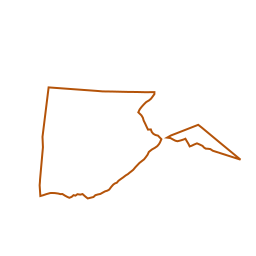 Joaquim Gomes, Alagoas, Brazil (Albers equal-area conic projection), rotated 346°
{"feature_id": "56859067B41171475234943", "entity_name": "Joaquim Gomes", "entity_type": "district", "adm_level": 2, "iso_a3": "BRA", "parent_name": "Brazil", "parent_adm1": "Alagoas", "projection": "albers", "projection_center": [-35.737, -9.072], "detail": "fine", "context": "isolated", "style": "outline", "palette": "amber", "viewbox_px": 256, "rotation_deg": 346, "n_neighbors": 0, "source": "geoboundaries", "source_scale": "gbopen_adm2", "svg_char_len": 1572}
<svg xmlns="http://www.w3.org/2000/svg" viewBox="0 0 256 256"><g transform="rotate(346 128 128)"><path d="M60.8,69.4L42.9,115.9L40.8,126.1L30.2,156.7L29.5,159.0L28.4,162.2L26.5,172.8L29.4,172.7L32.9,172.4L36.8,172.3L38.7,172.7L41.4,173.5L44.4,174.7L46.4,175.8L48.4,176.2L50.3,178.2L52.6,180.3L54.2,181.5L56.6,181.2L58.9,180.0L60.7,180.9L62.9,180.0L65.6,181.1L67.9,181.1L70.1,184.3L71.9,186.6L74.8,186.6L77.8,186.6L80.1,185.3L82.8,185.2L85.2,185.3L87.4,184.7L90.5,183.9L92.8,183.8L94.9,183.2L97.6,181.0L100.1,179.3L102.0,178.6L103.9,178.4L106.0,176.9L108.9,175.7L111.5,174.7L114.2,173.5L116.8,172.7L118.6,171.8L120.9,170.8L123.0,169.8L125.6,167.9L128.1,166.3L130.6,164.7L133.5,163.4L136.0,162.3L138.1,160.7L140.6,158.6L142.4,156.3L144.3,155.4L146.1,154.6L149.1,153.8L152.0,152.7L154.1,151.2L155.5,149.8L157.7,146.9L156.3,144.5L155.3,142.7L152.9,141.4L151.2,139.8L150.1,137.6L149.8,134.9L147.0,134.4L146.3,131.0L145.7,127.8L145.0,124.6L144.9,121.7L144.1,119.0L141.8,115.3L143.8,112.8L145.9,111.1L147.9,109.7L149.6,108.6L152.0,107.2L155.1,106.3L157.5,105.1L159.8,103.2L161.8,101.5L162.3,99.6L152.9,97.3L144.9,95.1L136.4,92.9L125.1,89.8L121.5,88.8L112.4,86.4L106.2,84.3L60.8,69.4ZM229.5,185.9L213.3,164.0L199.8,145.6L196.9,141.9L173.7,144.9L168.0,145.6L163.6,146.8L166.7,148.0L169.2,150.3L170.9,151.8L172.8,152.8L176.2,152.8L179.2,152.6L181.1,152.3L181.9,155.1L182.8,158.0L183.4,160.8L185.5,160.6L188.4,160.0L191.2,159.6L193.6,161.4L196.0,163.4L197.0,165.3L198.4,166.8L200.9,167.6L202.8,168.4L204.8,170.6L229.5,185.9Z" fill="none" stroke="#b45309" stroke-width="2"/></g></svg>